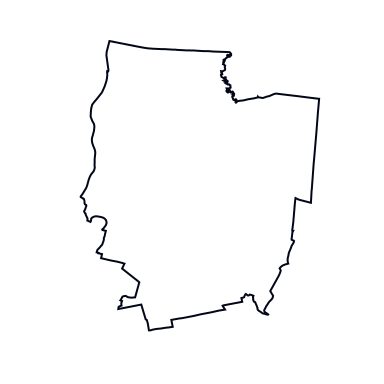 Bobicesti, Olt, Romania, rotated 14°
{"feature_id": "2599482B15000431260960", "entity_name": "Bobicesti", "entity_type": "district", "adm_level": 2, "iso_a3": "ROU", "parent_name": "Romania", "parent_adm1": "Olt", "projection": "robinson", "projection_center": [24.159, 44.386], "detail": "fine", "context": "isolated", "style": "outline", "palette": "ink", "viewbox_px": 384, "rotation_deg": 14, "n_neighbors": 0, "source": "geoboundaries", "source_scale": "gbopen_adm2", "svg_char_len": 5750}
<svg xmlns="http://www.w3.org/2000/svg" viewBox="0 0 384 384"><g transform="rotate(14 192 192)"><path d="M295.6,292.4L295.3,292.2L291.7,290.9L291.2,290.4L290.7,289.5L290.7,288.7L291.0,287.9L291.8,284.3L292.3,283.3L292.9,281.3L293.7,279.4L294.6,278.0L295.4,276.5L295.8,275.3L295.8,274.8L295.8,273.1L291.9,269.2L296.5,252.1L296.9,249.7L297.1,247.7L297.0,246.5L295.5,244.9L296.0,243.8L296.8,242.5L298.1,241.1L300.1,239.7L302.7,238.2L302.4,237.8L301.5,235.9L301.0,233.8L300.9,232.9L300.9,229.9L300.7,228.4L300.8,226.9L301.5,222.6L301.7,220.1L302.6,217.4L302.9,216.0L302.8,214.8L302.4,214.6L300.2,214.2L300.0,213.5L299.8,211.7L299.7,210.7L299.2,207.0L299.5,205.5L298.9,205.8L298.5,204.7L297.6,196.9L294.6,178.4L294.0,174.1L293.9,172.8L296.4,173.4L298.3,173.6L310.0,173.7L307.7,161.7L307.6,160.5L303.1,134.5L302.5,130.5L298.5,105.4L294.8,83.5L293.8,77.0L292.8,70.8L291.5,71.0L282.7,72.1L272.5,73.3L254.4,75.6L250.0,76.1L248.0,77.0L243.7,80.3L241.6,81.3L238.6,83.3L238.0,83.6L236.9,83.8L234.9,83.9L233.5,84.1L232.9,83.6L232.9,84.0L232.8,84.4L229.1,86.3L224.1,88.4L219.7,90.7L215.9,92.1L215.2,92.5L213.9,92.9L213.8,93.1L213.6,94.1L213.2,94.6L212.9,94.7L212.5,94.4L212.5,93.7L213.1,92.5L212.9,92.0L212.5,91.5L212.1,91.4L211.9,91.5L212.3,92.2L212.3,92.5L212.1,92.6L211.6,92.7L210.9,92.4L210.3,92.6L209.7,92.4L209.5,92.1L209.2,91.4L208.9,91.0L208.1,90.2L208.0,89.9L208.2,89.5L209.4,88.4L209.3,88.2L208.4,88.1L208.1,88.0L208.9,87.5L209.1,87.2L209.2,86.7L209.1,86.4L208.9,86.3L208.6,86.3L208.0,86.7L207.8,86.7L207.7,86.4L207.9,85.9L208.0,85.6L207.7,85.3L207.1,85.4L207.1,84.8L206.8,84.8L206.7,84.9L206.6,85.5L206.5,85.9L205.8,86.1L205.1,86.0L204.9,85.8L204.7,84.9L204.3,84.6L203.8,84.5L203.4,84.6L203.1,84.7L203.0,85.0L203.5,85.8L203.1,86.6L202.8,86.8L202.2,86.6L201.4,86.2L201.0,85.8L200.9,85.5L201.1,85.0L201.2,84.8L202.0,84.4L202.0,84.2L201.3,83.9L200.9,83.7L200.5,83.1L201.4,82.9L202.5,83.3L203.1,83.3L203.5,83.0L203.2,82.4L203.1,82.2L204.2,81.4L203.4,79.2L202.8,79.2L202.2,78.6L200.8,79.1L200.5,79.0L200.2,78.4L199.8,78.4L198.9,78.6L198.0,78.2L199.7,77.2L199.9,76.0L199.7,75.7L199.4,75.7L198.2,76.2L197.5,76.2L196.8,76.5L195.7,76.2L196.0,76.0L198.2,75.1L198.1,74.8L197.3,74.5L196.8,74.0L196.7,73.7L197.1,73.1L197.1,72.8L197.0,72.6L196.6,72.6L196.0,72.8L195.6,73.9L195.4,74.0L193.8,73.4L192.8,73.2L192.5,72.8L192.2,71.8L191.7,71.4L191.7,71.1L192.7,70.6L192.9,70.3L192.7,70.1L192.1,69.6L192.0,69.3L192.1,69.0L192.0,68.9L191.4,68.7L191.4,68.0L191.1,67.9L191.0,67.7L192.4,67.6L193.2,66.8L194.4,65.8L194.5,65.1L194.4,64.5L193.8,63.4L193.5,62.7L193.7,61.7L193.6,61.3L192.9,61.2L192.2,60.5L191.2,60.5L191.2,60.2L191.5,59.1L190.9,58.7L190.9,58.4L191.8,57.7L191.9,57.2L191.0,56.7L190.6,56.4L190.6,56.1L190.9,55.8L192.1,55.5L192.1,54.6L192.8,53.8L192.8,53.7L194.0,52.4L193.9,52.3L193.4,51.8L193.4,51.5L193.0,51.0L193.0,50.8L193.2,50.4L193.4,50.3L193.9,50.3L194.0,50.7L194.1,50.9L195.0,51.9L195.7,51.7L196.0,51.5L195.9,51.3L194.9,51.1L194.6,50.6L194.6,50.4L194.8,50.2L196.0,50.3L196.9,50.0L196.8,49.3L196.5,48.5L195.7,48.4L195.6,48.2L195.4,47.5L195.3,47.4L194.2,47.3L190.7,48.0L179.0,50.5L173.6,51.4L169.7,52.4L164.4,53.4L159.8,54.2L152.0,56.0L142.7,57.8L141.9,57.8L138.5,58.6L130.8,60.0L128.0,60.7L119.6,62.4L114.3,63.3L110.0,63.7L103.4,64.1L75.4,65.5L75.3,76.8L75.9,80.1L81.5,94.1L81.5,95.2L80.5,95.2L80.6,96.2L81.5,98.9L82.0,102.6L82.1,105.4L81.7,110.7L80.7,116.4L80.2,118.0L77.0,125.0L75.3,128.4L74.0,131.5L74.0,135.4L74.5,138.9L75.4,143.3L76.2,144.6L78.0,147.1L80.5,149.8L81.5,152.2L82.1,156.4L82.0,162.1L81.9,162.5L81.9,163.5L82.1,165.4L82.8,167.1L82.9,167.7L84.4,170.3L87.2,174.1L88.3,176.2L88.8,177.9L89.3,181.7L89.7,184.3L90.3,186.4L91.0,189.8L91.6,191.2L91.8,192.5L91.8,194.1L91.5,195.8L90.2,198.5L89.5,200.5L89.1,202.6L88.8,205.2L88.7,210.7L88.4,213.6L86.1,220.9L85.2,222.9L85.1,223.6L85.2,223.8L86.3,224.2L88.2,224.6L88.4,225.0L88.8,225.0L89.3,225.7L89.6,226.3L89.9,227.0L90.5,229.0L90.8,229.4L91.2,229.9L92.2,230.1L92.5,230.3L92.7,230.6L92.8,230.8L92.8,231.4L92.6,233.6L92.4,235.2L92.0,236.5L92.0,236.9L92.5,237.6L93.5,238.6L93.8,238.6L94.1,238.9L94.3,239.6L94.7,240.2L95.6,241.3L96.5,242.3L97.2,243.4L97.3,245.0L100.7,245.6L100.9,244.8L100.9,243.6L100.7,242.5L100.8,241.7L101.8,240.5L102.8,239.7L104.0,239.0L105.1,238.7L107.6,238.4L111.1,238.3L112.7,238.6L113.9,239.1L115.0,239.8L115.7,240.6L116.3,241.8L116.5,242.5L116.6,243.3L116.5,244.5L116.3,245.4L115.7,246.9L115.0,248.6L114.4,249.3L114.0,250.1L114.0,250.3L114.4,250.6L117.8,250.5L117.8,253.0L117.9,256.0L117.6,258.3L118.0,259.5L118.0,260.7L117.6,264.7L117.2,265.7L116.6,266.6L116.0,268.0L114.2,271.1L114.1,273.6L115.9,273.6L115.9,274.1L119.7,274.0L119.8,278.2L129.2,278.1L136.4,277.7L141.2,277.7L143.8,277.9L142.7,283.2L162.7,292.3L162.3,308.0L161.0,308.4L159.2,309.1L156.6,309.5L154.8,309.5L153.5,309.0L152.7,308.9L151.6,309.3L150.0,310.2L149.8,310.6L149.0,313.8L148.7,314.5L149.1,314.6L150.5,314.7L150.4,315.6L150.3,316.9L150.7,318.4L151.1,319.2L150.6,319.5L149.0,320.8L148.6,321.3L148.8,323.4L170.0,313.5L177.9,326.8L179.1,327.1L180.9,330.2L183.7,336.7L185.4,336.2L187.1,335.1L190.1,333.7L192.5,332.8L194.3,332.2L199.7,329.9L201.8,329.2L205.9,327.5L202.9,321.1L209.8,318.0L212.9,316.8L223.3,312.0L230.0,308.6L240.4,303.8L246.7,300.6L252.5,298.1L249.2,295.0L249.7,294.5L256.2,291.5L267.3,286.4L265.6,282.9L267.6,281.9L268.0,281.5L268.2,279.6L268.6,278.3L268.9,277.9L271.0,278.8L271.3,278.9L271.6,278.8L272.3,278.5L272.9,277.6L274.2,277.5L276.6,277.8L276.8,277.9L276.5,278.7L276.8,279.8L277.3,280.9L277.4,281.2L277.3,281.5L277.7,282.2L278.2,282.9L279.1,283.6L279.8,283.5L280.1,283.7L280.7,284.7L282.3,286.7L282.9,287.8L283.5,288.4L283.9,289.8L284.5,290.5L285.6,291.1L287.6,291.7L289.9,292.7L291.3,292.6L294.4,292.8L295.5,292.6L295.6,292.4Z" fill="none" stroke="#020617" stroke-width="2"/></g></svg>